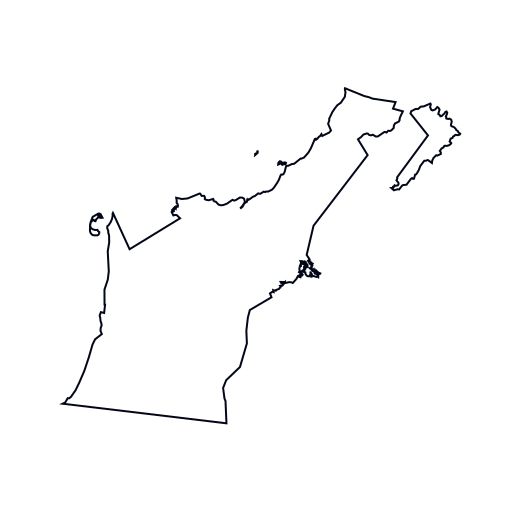 Northern Peninsula Area, Queensland, Australia (Robinson projection), rotated 14°
{"feature_id": "25037944B13244512579669", "entity_name": "Northern Peninsula Area", "entity_type": "district", "adm_level": 2, "iso_a3": "AUS", "parent_name": "Australia", "parent_adm1": "Queensland", "projection": "robinson", "projection_center": [142.362, -10.972], "detail": "fine", "context": "isolated", "style": "outline", "palette": "ink", "viewbox_px": 512, "rotation_deg": 14, "n_neighbors": 0, "source": "geoboundaries", "source_scale": "gbopen_adm2", "svg_char_len": 6054}
<svg xmlns="http://www.w3.org/2000/svg" viewBox="0 0 512 512"><g transform="rotate(14 256 256)"><path d="M287.0,276.1L286.2,275.2L289.7,274.4L290.0,275.0L290.5,274.2L290.7,275.0L291.3,275.0L294.5,273.3L296.9,273.0L298.2,273.3L300.7,268.6L301.6,265.1L302.9,264.2L302.9,265.8L304.3,265.9L304.5,264.0L303.2,263.6L303.3,262.6L303.8,262.4L304.8,263.7L305.5,263.7L305.8,262.8L304.7,262.0L304.0,260.0L303.4,260.1L302.8,261.2L301.7,261.2L302.0,259.8L301.2,258.2L301.0,254.7L301.1,254.3L301.8,255.1L302.0,255.0L301.6,253.6L302.3,252.9L301.6,252.6L301.6,251.8L300.4,250.2L302.0,249.9L302.3,250.3L302.0,251.0L303.2,250.5L303.2,252.0L304.3,252.4L304.7,251.3L304.1,250.6L303.9,249.7L304.6,249.4L305.3,250.1L305.7,249.9L305.9,250.3L305.5,251.1L306.6,252.1L305.9,253.5L306.4,253.3L307.3,251.6L308.3,252.4L308.4,253.6L308.8,254.3L306.8,254.6L306.1,255.2L306.9,255.5L306.5,256.0L307.0,256.5L306.7,257.2L305.9,257.0L306.3,258.1L305.4,258.1L304.8,258.7L306.4,260.0L307.9,260.0L308.3,261.4L310.0,262.8L311.1,263.1L312.4,262.9L312.9,262.0L313.3,260.2L312.4,258.0L314.6,260.2L314.4,261.6L314.6,262.7L315.1,262.6L315.5,261.4L319.6,261.7L320.3,261.1L321.5,261.5L321.3,260.5L320.1,259.5L322.5,257.8L322.6,257.3L320.7,257.0L319.8,257.7L320.0,256.7L317.7,255.4L317.8,256.4L318.8,258.1L318.6,258.6L317.4,258.8L316.9,258.3L317.0,257.3L314.7,256.9L313.8,256.3L315.8,255.6L315.3,254.7L314.8,255.4L313.2,255.7L311.3,255.0L311.1,254.8L311.9,254.1L312.5,254.4L313.0,254.1L312.3,252.6L311.5,252.5L313.0,251.9L313.0,251.2L311.5,250.7L310.8,250.9L309.9,250.2L311.3,249.8L312.2,250.1L312.6,249.6L310.9,249.1L310.0,248.0L308.9,248.0L308.3,248.6L307.6,248.0L308.7,246.5L309.4,246.8L304.9,242.7L304.5,212.7L339.9,131.1L326.7,118.1L329.1,115.3L330.9,112.1L333.8,110.3L334.9,110.2L336.6,111.2L338.4,111.1L340.0,110.1L343.5,111.1L345.3,110.5L350.3,104.9L351.0,104.4L352.8,104.6L354.0,102.5L355.8,102.2L356.9,101.4L358.7,98.3L358.2,96.5L358.7,93.9L362.0,91.1L362.5,89.2L362.1,88.4L362.3,86.0L363.5,80.1L353.3,79.9L354.2,72.9L331.0,75.1L327.1,74.6L322.2,74.6L301.8,71.7L301.8,72.6L303.2,75.4L303.7,80.1L301.2,86.8L298.5,89.9L296.8,93.6L295.2,98.1L293.8,105.2L294.3,106.5L294.0,110.3L298.4,116.1L297.2,118.5L291.2,123.5L290.0,121.9L289.1,124.2L288.2,125.1L286.9,127.8L286.1,128.6L285.5,127.8L284.8,128.3L283.2,138.1L281.8,143.0L278.8,148.8L276.4,150.6L275.7,150.7L270.7,157.3L268.7,158.0L265.4,160.7L263.8,161.1L263.5,162.3L263.4,167.6L262.9,169.8L262.1,170.6L260.8,170.8L260.3,172.1L259.8,176.4L258.9,179.8L256.6,185.9L255.3,188.0L252.2,190.5L250.2,191.0L249.3,191.8L247.9,191.7L245.0,194.7L243.0,194.7L240.3,198.2L238.8,199.1L236.1,202.4L235.1,203.3L234.5,202.9L234.4,203.5L233.8,203.5L234.1,205.5L232.0,207.7L231.0,211.5L229.7,213.2L229.1,213.6L230.7,210.8L232.2,206.3L230.5,203.2L228.5,202.7L226.2,203.2L223.1,206.4L221.5,207.5L219.6,207.2L215.1,212.3L211.9,214.5L209.6,215.3L207.2,215.2L204.0,213.1L202.1,213.0L201.3,212.5L201.2,211.6L200.6,211.0L196.5,213.4L193.6,213.5L192.5,213.1L192.2,211.3L191.1,210.2L188.7,210.8L186.8,209.0L186.2,209.0L175.7,216.7L170.4,218.6L164.5,218.8L165.7,221.6L166.1,223.6L167.3,224.5L168.2,226.3L168.1,227.2L166.6,227.0L166.7,229.5L165.2,228.4L164.0,230.7L165.2,230.5L165.0,231.2L165.5,232.4L165.2,232.7L163.7,232.2L163.5,233.7L166.0,236.6L167.9,235.6L169.4,235.6L173.2,237.8L131.7,280.0L106.8,248.8L106.6,249.8L107.2,251.6L107.3,255.1L106.8,258.2L105.6,261.7L104.5,263.1L104.9,265.0L106.5,267.3L107.3,269.9L107.8,270.3L108.5,271.7L110.3,278.5L111.0,287.3L116.9,306.6L117.9,314.8L117.1,325.3L120.8,339.9L121.1,340.4L121.4,340.2L122.4,348.0L119.1,348.0L118.7,351.6L119.9,353.8L120.8,356.6L122.0,358.3L123.0,360.5L122.7,363.5L123.3,366.4L125.3,369.0L120.0,375.8L118.8,381.5L118.3,394.9L117.2,408.9L115.1,421.8L113.4,429.9L110.5,437.5L109.1,439.3L107.7,439.5L106.3,444.3L104.1,446.1L267.8,425.5L261.5,404.1L259.9,401.9L256.0,392.0L257.1,383.7L267.3,367.6L268.3,343.0L264.7,330.8L263.0,317.7L263.1,309.9L281.0,292.3L278.6,288.9L280.6,286.7L281.8,286.8L281.0,285.0L282.1,285.2L282.7,284.7L283.6,284.9L284.0,283.9L286.3,282.4L286.7,281.2L287.3,280.6L287.1,279.4L286.6,279.1L287.3,278.6L288.1,278.9L288.9,278.1L289.6,276.6L287.0,276.1ZM373.9,158.9L377.2,157.0L378.8,156.8L380.7,152.4L381.4,151.7L384.8,150.4L387.6,143.8L388.6,142.6L389.7,143.2L390.6,142.8L390.7,138.6L391.6,138.1L392.3,136.3L393.2,133.0L393.6,129.1L396.2,122.9L398.0,122.4L399.2,121.4L399.9,121.4L404.2,123.2L403.9,120.8L404.5,118.0L405.1,116.9L406.5,114.6L407.7,114.7L410.7,112.2L410.2,110.7L408.9,109.6L410.2,106.5L411.7,105.3L411.9,103.9L412.6,103.3L414.6,103.0L416.8,101.6L418.2,99.6L418.1,99.1L416.2,98.1L416.5,95.0L418.1,93.9L418.3,92.4L419.4,91.6L419.5,90.9L420.4,90.1L422.5,90.0L424.2,89.0L424.6,88.0L422.4,87.0L421.8,86.1L419.7,85.2L418.8,84.1L416.5,82.9L414.3,82.8L413.4,81.7L413.4,78.2L412.5,76.6L410.6,75.9L409.2,76.6L407.3,76.5L406.9,75.0L406.4,74.6L406.9,72.5L406.9,70.7L405.9,69.7L404.9,70.4L404.5,71.8L402.3,75.3L401.1,75.8L400.7,75.1L398.5,74.1L398.7,69.5L397.1,68.0L395.9,67.6L394.4,70.5L392.2,72.0L390.9,71.9L388.9,69.5L388.9,66.5L388.3,65.9L382.5,70.3L379.6,71.3L377.9,74.0L375.3,74.7L371.6,78.0L371.4,80.3L393.7,97.4L373.9,145.5L374.4,146.7L374.0,148.6L376.6,150.6L376.9,151.8L376.6,153.0L376.0,153.4L374.3,154.2L373.4,153.9L373.0,155.7L371.8,154.9L372.6,156.1L372.4,156.8L370.9,157.3L373.9,158.9ZM87.4,265.8L88.8,271.8L89.7,273.4L91.3,274.7L92.4,275.2L94.4,275.0L97.1,274.3L98.0,273.5L98.4,271.9L98.2,270.7L96.7,270.1L95.9,269.0L93.5,269.7L91.2,269.6L89.1,268.8L87.8,267.0L87.6,266.2L87.6,263.3L88.6,261.4L88.6,260.3L89.8,260.2L90.6,260.4L90.5,260.9L90.9,261.1L91.8,261.1L92.1,259.0L94.0,256.2L95.5,256.2L95.7,256.6L96.2,256.3L95.5,255.4L93.3,255.1L93.6,254.5L95.1,254.0L96.7,255.4L97.0,256.3L97.8,256.0L95.0,252.9L93.7,252.7L92.6,253.1L88.1,257.5L87.4,262.7L87.4,265.8ZM255.4,161.9L257.7,160.2L258.5,160.4L259.4,161.2L260.9,160.1L262.3,160.0L262.6,158.4L261.7,158.1L258.8,159.3L257.5,158.3L256.2,158.3L255.2,160.0L255.4,161.9ZM231.8,156.0L230.5,157.0L230.7,158.3L232.6,155.7L232.3,153.3L231.9,154.3L232.3,155.1L231.8,156.0Z" fill="none" stroke="#020617" stroke-width="2"/></g></svg>